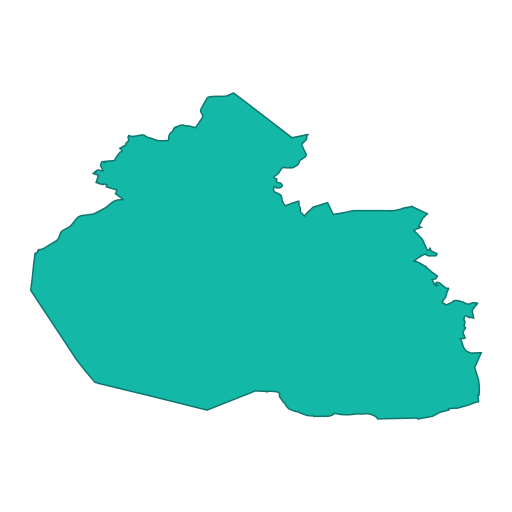 the district of Boxtel, Noord-Brabant, Netherlands
{"feature_id": "6326949B40744758531983", "entity_name": "Boxtel", "entity_type": "district", "adm_level": 2, "iso_a3": "NLD", "parent_name": "Netherlands", "parent_adm1": "Noord-Brabant", "projection": "robinson", "projection_center": [5.329, 51.589], "detail": "fine", "context": "isolated", "style": "filled", "palette": "teal", "viewbox_px": 512, "rotation_deg": 0, "n_neighbors": 0, "source": "geoboundaries", "source_scale": "gbopen_adm2", "svg_char_len": 5941}
<svg xmlns="http://www.w3.org/2000/svg" viewBox="0 0 512 512"><path d="M478.6,401.8L478.0,395.3L479.0,395.2L479.4,390.1L479.3,386.8L478.6,379.9L474.8,368.0L474.5,367.9L481.3,352.7L471.1,353.1L466.8,351.4L464.6,349.0L464.1,348.2L463.0,346.0L461.1,339.5L460.3,338.9L462.1,338.3L462.5,338.3L463.6,338.6L463.8,338.4L465.1,338.1L462.8,332.2L464.1,330.3L465.5,327.8L464.7,327.3L464.6,327.1L464.3,324.7L464.3,324.3L464.5,324.1L464.7,323.6L464.8,321.5L464.5,320.5L463.5,319.6L464.0,319.3L464.3,317.4L464.7,316.3L465.4,315.9L466.0,315.8L469.5,317.7L470.2,317.2L473.6,318.1L473.3,317.4L473.4,317.2L473.3,316.5L472.2,310.9L472.2,310.4L474.8,306.5L476.8,304.5L477.2,304.0L477.5,303.6L477.5,303.2L477.1,303.0L472.5,302.7L469.6,304.0L467.5,304.0L466.3,303.7L463.9,302.5L461.7,301.7L459.4,301.0L456.8,300.5L456.1,300.5L453.9,300.7L452.8,301.8L451.4,302.7L446.2,304.9L445.6,304.7L445.0,304.0L444.4,303.7L442.6,303.0L442.4,302.9L442.3,302.5L442.4,301.7L444.2,298.9L445.7,297.1L445.9,296.5L446.5,294.4L447.0,292.1L447.5,290.9L448.6,289.2L448.6,288.6L448.3,288.2L446.5,288.3L445.6,287.9L444.9,287.1L442.7,285.6L441.5,284.4L440.4,283.6L439.2,282.8L437.8,282.3L437.0,282.3L436.4,282.5L436.0,283.0L435.8,283.6L435.7,284.3L435.8,284.7L436.1,285.1L436.9,285.2L437.2,285.4L436.2,285.5L435.5,285.3L435.2,285.5L432.0,279.6L435.8,278.8L437.4,276.2L437.2,276.0L435.5,274.6L433.4,273.3L432.3,272.5L429.8,270.3L426.5,267.6L426.0,266.6L425.8,266.8L422.9,264.9L421.2,264.3L421.3,263.9L417.6,262.1L416.4,261.6L413.9,261.2L418.4,257.7L421.2,256.0L424.8,254.1L428.6,255.9L435.5,255.8L436.1,255.7L437.0,253.8L436.2,253.3L430.9,250.9L431.1,250.7L430.1,248.9L430.3,248.4L429.7,248.3L429.4,249.5L427.3,250.4L422.5,239.5L413.9,230.4L416.3,229.1L421.1,227.3L418.9,226.6L418.7,226.3L418.8,226.0L422.8,218.2L427.4,213.8L412.7,206.9L412.5,206.4L411.5,206.7L411.3,206.5L406.7,207.7L406.5,207.4L403.0,208.3L403.2,208.5L400.2,209.3L395.4,210.4L393.2,210.7L390.1,210.7L390.1,210.8L384.5,210.6L373.4,210.6L353.8,210.6L351.2,211.1L346.2,212.2L340.1,213.3L333.2,214.4L327.6,202.7L313.1,207.1L310.3,210.0L310.0,210.1L307.5,212.4L305.4,214.8L304.8,215.6L304.6,216.1L304.2,215.9L302.3,213.8L301.2,212.9L300.8,212.5L300.5,211.6L300.5,210.2L300.3,209.6L300.5,209.4L300.5,209.1L300.4,209.0L300.2,207.9L299.4,206.3L299.0,205.0L298.9,201.3L297.9,201.3L292.2,203.2L285.1,205.8L285.0,205.6L284.8,205.7L284.1,204.5L282.4,201.1L282.0,199.6L281.6,196.6L281.0,195.4L280.4,194.8L279.5,194.2L274.8,192.0L274.1,191.5L273.7,190.8L273.5,190.1L273.9,186.5L275.9,187.6L278.0,188.0L279.1,188.0L280.8,187.4L282.0,186.4L282.3,185.8L282.3,185.4L281.5,184.0L280.5,183.0L277.7,182.6L277.1,182.4L276.6,181.9L276.5,181.5L276.9,179.9L276.8,179.3L276.2,178.6L274.7,178.5L274.3,178.4L274.1,178.0L274.2,177.0L274.8,176.1L277.5,174.2L278.9,172.6L279.6,171.6L281.2,168.9L282.0,168.1L282.9,167.7L283.9,167.5L287.5,167.9L291.1,167.7L291.1,167.9L292.8,167.7L293.8,167.3L297.1,165.3L297.9,164.7L298.6,163.6L299.5,161.1L300.1,160.3L304.6,157.4L305.5,156.5L305.8,156.2L306.1,155.4L306.2,154.7L306.1,153.9L305.3,152.2L305.2,152.3L304.5,150.9L302.1,145.7L301.9,145.2L301.9,144.5L302.1,143.8L302.5,143.1L302.8,142.8L302.9,143.0L306.1,139.8L306.4,139.2L306.7,138.5L306.7,136.7L306.8,136.1L307.1,135.6L307.8,134.6L305.3,134.9L305.1,135.1L292.0,137.7L242.1,99.4L233.5,93.0L227.0,95.8L226.0,96.1L222.3,96.4L216.8,96.3L210.7,96.6L209.8,96.7L207.9,97.4L207.1,98.1L206.7,98.7L201.8,107.5L200.7,109.9L200.6,110.8L201.1,112.5L202.4,114.7L202.7,115.4L202.7,116.2L202.5,117.3L202.2,118.0L195.5,127.7L188.0,125.7L187.5,126.0L186.9,126.1L182.2,124.9L179.7,125.6L176.8,126.7L176.9,126.9L174.8,127.5L174.4,128.2L174.4,127.9L173.9,128.4L172.5,131.5L171.3,132.3L170.4,133.2L169.1,135.3L168.9,136.1L168.6,140.0L168.1,140.5L167.4,140.5L164.0,140.7L164.0,140.9L157.5,140.6L152.1,138.6L148.3,137.6L146.9,137.0L144.2,135.3L142.2,134.8L139.1,135.5L138.3,135.5L138.2,135.7L132.5,136.5L128.7,135.6L128.0,137.2L128.2,137.3L128.8,140.7L128.2,141.1L126.9,142.4L126.0,143.1L126.1,143.3L126.1,144.4L125.9,144.8L120.0,148.2L120.7,148.7L120.5,148.8L121.1,149.2L121.4,149.9L121.9,151.4L120.1,152.2L119.8,152.5L115.4,158.4L114.8,160.5L105.0,161.4L105.1,162.5L102.9,161.5L102.2,161.6L101.6,162.3L101.2,163.2L100.5,165.2L100.7,165.9L103.2,170.9L101.3,170.7L98.5,170.0L97.4,170.0L97.1,170.4L94.9,171.9L95.5,172.1L94.8,172.5L93.3,173.6L98.5,175.3L96.1,182.5L99.3,183.5L99.2,183.6L102.5,184.5L103.3,184.5L103.8,184.1L103.9,183.9L107.0,184.9L106.3,186.9L116.7,189.9L116.0,192.8L115.7,193.5L115.5,193.8L116.0,194.1L123.0,199.2L123.0,199.7L119.1,199.8L117.9,200.0L115.4,200.6L114.3,201.1L112.2,202.3L106.1,207.3L102.9,209.2L94.4,213.6L93.2,214.0L91.7,214.3L81.9,215.6L80.3,216.0L78.6,216.8L77.6,217.5L76.4,218.8L71.9,224.4L70.6,225.9L69.1,227.1L62.8,230.5L61.5,231.6L60.8,232.5L60.4,233.4L58.9,237.5L58.5,238.4L57.9,239.3L56.8,240.4L43.6,248.5L42.2,249.1L41.4,249.3L40.1,249.6L38.9,249.6L38.8,250.2L38.5,250.3L38.1,250.3L37.8,250.5L37.7,251.1L37.8,251.6L37.4,252.3L36.6,252.7L36.5,253.4L36.1,253.7L35.9,253.7L35.6,253.2L34.9,253.6L34.9,254.6L33.9,262.4L33.8,262.9L32.1,279.6L30.7,290.3L72.0,352.8L75.2,357.9L78.5,362.3L85.5,371.2L95.1,382.4L97.1,382.8L98.5,383.4L153.1,396.6L207.0,410.1L237.2,398.1L251.0,392.7L253.1,391.7L255.3,390.9L266.2,391.4L266.7,391.9L269.4,391.2L276.8,391.7L277.2,391.8L279.7,393.4L279.3,395.0L279.8,397.2L281.5,399.3L282.3,400.7L282.9,401.6L285.1,403.7L286.2,406.0L288.6,408.6L289.0,408.9L294.2,411.1L297.8,411.9L303.8,414.4L307.7,415.5L310.9,415.9L312.8,415.8L314.0,416.3L314.7,416.5L315.7,416.3L318.2,416.4L321.6,416.2L324.4,416.4L326.4,416.0L327.3,416.4L328.5,416.2L329.9,415.9L332.3,415.1L333.5,414.2L333.8,413.7L334.5,413.5L335.4,413.5L341.2,414.6L348.7,414.8L358.2,413.8L359.4,414.0L364.0,413.9L367.9,413.6L371.8,414.7L375.2,416.3L377.3,417.8L377.4,418.9L417.5,418.0L417.8,419.0L433.0,416.2L433.2,415.9L440.0,412.3L448.9,410.0L448.6,408.6L457.6,408.1L467.4,405.4L476.6,402.0L478.6,401.8Z" fill="#14b8a6" stroke="#0f766e" stroke-width="1.5"/></svg>